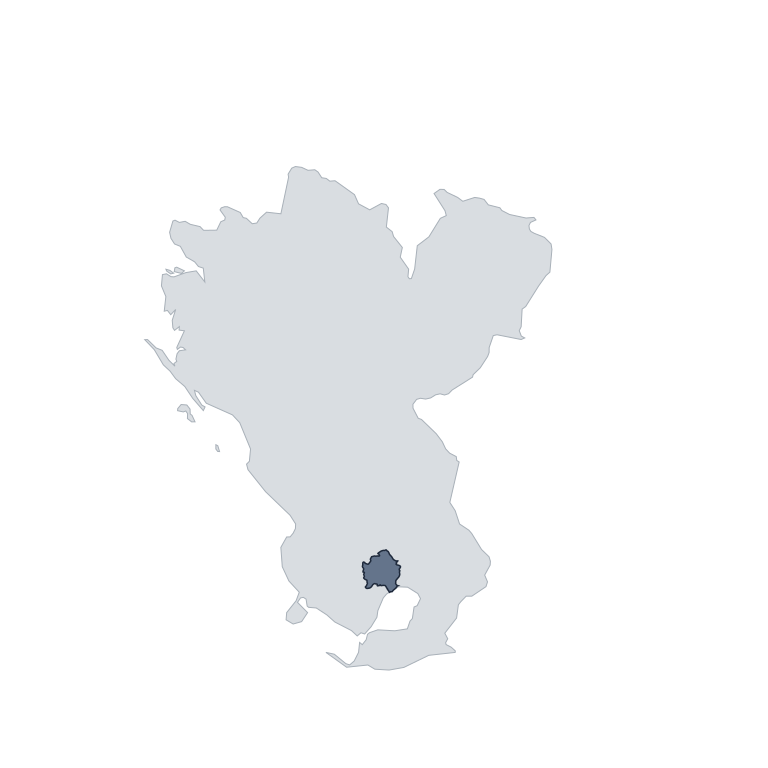 Trujillo highlighted on a map of Venezuela, rotated 233°
{"feature_id": "VEN-29", "entity_name": "Trujillo", "entity_type": "State", "adm_level": 1, "iso_a3": "VEN", "parent_name": "Venezuela", "parent_adm1": "", "projection": "mercator", "projection_center": [-70.512, 9.496], "detail": "fine", "context": "in_parent", "style": "filled", "palette": "slate", "viewbox_px": 768, "rotation_deg": 233, "n_neighbors": 0, "source": "natural_earth", "source_scale": "10m", "svg_char_len": 6561}
<svg xmlns="http://www.w3.org/2000/svg" viewBox="0 0 768 768"><g transform="rotate(233 384 384)"><path d="M634.2,304.1L641.2,313.5L640.6,315.7L636.2,317.8L633.6,323.1L628.1,325.4L620.4,331.8L615.3,332.4L607.5,343.0L611.8,351.3L610.8,355.5L612.7,357.6L621.7,357.8L622.6,360.0L621.5,363.4L619.8,365.6L607.5,372.4L601.6,371.7L599.2,373.8L591.3,375.2L589.1,379.3L591.1,384.7L591.9,393.6L582.0,404.1L606.6,432.3L609.3,433.7L611.9,440.2L611.0,444.1L606.6,448.6L600.4,451.9L596.7,457.7L592.9,458.9L586.2,458.4L582.9,461.6L578.6,462.8L575.8,467.2L553.0,474.4L543.2,472.1L531.7,477.4L529.7,490.6L526.2,493.6L522.0,493.6L507.9,480.3L500.8,482.2L496.0,480.4L482.0,480.8L475.5,473.3L460.9,472.8L455.3,467.7L452.8,467.6L451.7,469.3L457.4,477.7L474.4,493.8L474.5,508.4L482.4,528.7L481.0,535.1L485.7,537.0L506.0,538.6L505.8,545.8L503.2,549.1L499.1,549.7L488.7,555.1L482.5,556.9L478.4,568.7L475.0,572.1L471.2,575.0L464.3,575.1L455.0,582.6L451.7,582.5L443.8,586.3L431.1,597.3L426.8,604.0L423.6,604.1L424.9,598.2L423.3,595.1L420.3,593.4L417.5,593.1L413.9,594.7L404.5,600.4L395.3,601.7L390.4,599.1L373.5,583.8L373.1,578.7L369.2,566.4L360.6,543.8L360.7,539.4L347.2,528.0L345.2,524.1L339.6,522.5L336.1,524.1L337.0,520.3L355.3,503.9L356.9,500.4L349.8,489.9L345.9,486.9L343.6,483.3L339.0,470.6L337.8,460.8L336.2,458.8L338.2,434.9L337.4,429.7L338.8,425.7L342.4,422.9L344.3,418.7L344.8,412.9L346.9,408.2L350.7,404.5L352.1,400.8L350.4,394.9L347.2,392.6L336.1,390.7L333.1,392.6L312.8,395.8L302.7,395.8L295.1,394.2L289.3,394.8L282.5,398.0L279.2,396.1L276.5,397.1L249.8,365.3L240.0,364.6L226.7,360.1L216.2,363.8L211.8,364.1L193.1,362.3L182.8,363.9L178.4,362.3L175.5,359.8L170.8,349.4L163.7,347.6L160.8,343.5L161.7,326.5L165.1,321.9L163.9,314.2L162.9,310.5L153.4,301.1L148.4,282.6L142.2,281.6L140.3,277.5L138.5,276.8L133.3,279.3L127.9,280.3L126.8,279.3L140.4,256.4L145.7,229.3L152.5,215.9L161.7,205.1L169.3,202.0L180.3,183.7L204.6,176.1L198.1,181.7L183.7,185.2L180.3,187.5L180.7,193.5L185.0,202.2L192.3,209.0L188.9,209.8L190.5,215.9L194.0,220.2L194.1,222.8L191.4,231.1L180.4,244.1L174.4,255.3L179.0,262.1L179.6,265.5L187.8,273.8L187.0,277.1L190.6,284.0L196.3,284.9L207.5,280.6L213.4,273.4L214.7,259.6L213.6,254.7L206.7,242.7L202.0,238.0L197.9,227.6L196.0,218.1L199.2,215.9L198.9,211.0L206.7,209.6L223.5,201.5L234.0,199.4L245.9,195.1L251.0,189.4L252.9,189.0L259.1,192.3L262.1,191.2L263.4,188.6L261.7,183.5L247.4,185.4L243.8,175.2L247.0,167.0L254.6,163.9L260.0,168.7L263.8,183.4L268.7,191.0L283.9,189.5L299.3,192.8L315.6,203.3L320.4,214.2L318.4,217.0L319.5,221.6L321.8,226.2L325.4,229.2L335.6,230.0L369.2,224.6L397.4,223.8L402.7,226.0L403.3,230.0L412.4,238.3L439.9,245.5L450.5,244.4L475.6,230.5L489.1,230.9L493.0,228.8L488.0,226.7L476.8,225.8L473.4,227.3L471.5,223.7L487.6,222.6L501.9,223.4L513.6,220.8L522.8,220.9L532.1,219.3L549.6,221.2L563.4,219.6L561.8,221.9L550.0,223.7L544.4,227.1L532.4,226.5L524.1,227.7L526.8,228.6L526.8,232.1L529.1,232.8L532.7,237.0L533.7,240.6L530.7,246.1L534.1,245.5L536.0,243.7L536.0,239.8L537.9,240.5L546.6,256.6L550.4,252.8L553.0,255.1L552.9,249.0L555.9,249.2L562.3,253.2L568.9,262.5L567.7,255.4L573.1,255.3L574.4,252.3L585.1,262.4L596.3,265.3L604.7,272.9L602.9,276.6L597.9,278.5L595.9,280.8L592.2,292.8L587.4,302.1L573.3,302.3L585.3,309.4L589.5,306.5L595.5,306.3L604.4,302.5L616.5,304.2L621.9,301.0L628.5,301.5L634.2,304.1ZM488.5,204.5L489.7,209.6L485.9,213.9L480.7,214.0L476.7,211.2L474.5,211.8L467.5,210.3L469.5,207.6L474.7,206.2L478.5,209.3L481.7,209.5L482.5,206.9L486.9,203.1L488.5,204.5ZM602.1,288.7L594.5,292.7L594.2,288.8L600.0,284.1L602.6,286.9L602.1,288.7ZM436.7,213.2L434.7,214.1L429.0,212.0L430.2,210.6L433.3,210.6L436.7,213.2ZM603.6,281.4L599.1,282.7L600.3,279.9L605.1,278.4L606.9,278.9L603.6,281.4Z" fill="#d9dde1" stroke="#a8b0b8" stroke-width="1"/><path d="M214.5,273.8L214.6,273.5L214.6,272.8L213.9,270.6L213.7,267.4L213.6,266.7L213.4,266.2L213.3,265.8L213.3,265.4L213.5,265.1L214.2,264.1L214.2,263.6L214.3,263.0L214.9,263.0L216.3,263.3L216.5,263.3L217.6,263.1L217.8,263.1L218.0,263.2L218.3,263.5L218.6,263.6L219.4,263.4L219.7,263.4L219.9,263.4L220.3,263.6L220.5,263.6L220.9,263.7L221.6,263.7L221.8,263.7L222.0,263.7L222.4,263.6L222.7,263.3L223.7,262.2L224.5,260.6L225.0,260.3L225.7,260.2L225.9,260.1L226.0,259.9L225.9,259.7L225.8,259.4L225.7,259.3L225.8,259.2L226.5,257.6L226.7,257.4L226.8,257.3L227.1,257.3L227.3,257.4L227.6,257.7L227.7,257.9L227.9,258.0L228.3,258.0L228.8,257.7L229.1,257.2L229.8,256.8L230.3,256.3L230.5,255.5L230.5,254.4L229.6,251.9L229.6,249.9L230.5,248.1L231.0,247.3L231.6,247.0L232.2,246.8L232.7,246.8L233.2,247.1L233.3,247.5L233.4,248.3L233.4,248.6L233.9,249.3L234.6,250.6L235.1,251.0L235.8,251.1L236.6,251.7L237.4,252.2L237.8,252.2L238.4,251.8L239.0,251.5L239.4,251.3L240.8,251.0L241.4,251.1L241.6,251.4L242.0,252.3L242.2,252.6L242.8,252.8L244.1,253.1L244.7,254.1L244.9,254.6L245.3,254.9L246.0,254.6L246.1,254.4L246.4,254.1L246.6,254.2L246.8,254.3L247.2,254.7L247.3,254.8L248.3,256.3L248.6,256.5L248.9,256.6L249.1,256.7L250.5,256.7L250.9,256.8L251.1,256.9L251.3,257.0L251.5,257.1L251.8,257.5L252.0,257.9L253.4,259.0L253.9,259.4L254.0,259.6L254.1,259.8L254.2,260.2L254.2,260.4L254.1,260.5L253.5,261.0L253.3,261.1L253.1,261.2L252.9,261.2L252.3,261.0L252.1,261.0L251.9,261.1L251.7,261.3L250.2,262.3L250.0,262.5L249.7,262.7L249.6,263.0L249.6,263.5L250.3,266.0L250.6,266.9L250.9,267.2L252.2,267.6L252.4,267.8L252.5,268.0L253.5,270.2L252.6,272.4L252.3,273.0L252.1,273.2L251.4,273.8L250.7,275.2L249.7,276.2L249.6,276.5L249.5,276.8L249.5,277.0L249.8,277.3L250.0,277.3L250.5,277.3L251.0,277.5L251.4,277.5L251.6,277.5L252.2,277.1L252.5,277.7L252.3,281.2L251.7,282.9L251.4,283.5L250.8,284.1L250.7,284.4L250.4,285.6L250.2,285.8L250.0,286.0L249.0,286.0L248.8,286.1L248.4,286.2L247.8,286.5L246.6,286.4L245.8,286.2L245.1,286.0L244.7,285.9L244.4,285.9L243.5,286.0L241.5,286.2L239.6,286.0L238.5,285.9L237.9,286.0L235.9,286.8L235.2,287.4L234.8,288.1L234.4,288.5L234.1,287.9L234.1,287.3L234.2,286.8L234.1,286.6L234.0,286.4L233.8,286.3L233.6,286.3L233.2,286.1L233.0,285.4L232.9,285.3L232.7,285.2L232.5,285.3L232.1,285.4L231.7,285.5L230.2,286.8L229.0,287.3L228.6,287.4L228.3,287.3L228.0,287.1L227.8,286.9L227.6,286.5L227.3,285.7L227.2,285.1L226.9,284.7L226.3,284.3L225.7,284.4L225.2,284.2L224.7,283.3L224.3,283.0L224.1,282.9L223.9,282.8L223.6,282.7L222.2,281.8L221.9,281.4L221.1,280.0L220.9,279.4L220.8,278.8L220.6,278.0L220.1,275.8L219.8,275.1L219.5,274.7L218.8,274.3L218.1,273.6L217.7,273.2L217.3,273.2L216.7,273.1L216.2,273.1L215.4,273.2L214.9,273.5L214.5,273.8L214.5,273.8Z" fill="#64748b" stroke="#1e293b" stroke-width="1.5"/></g></svg>